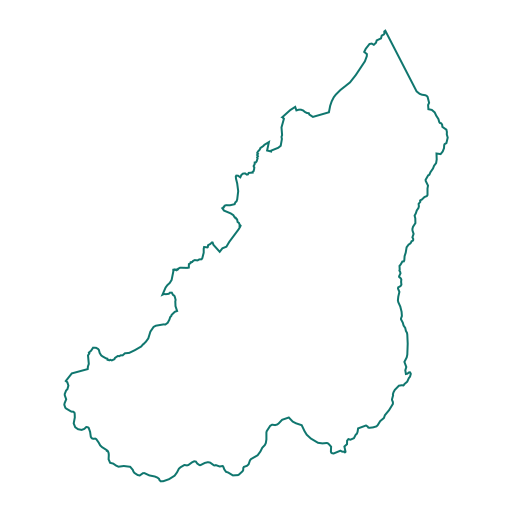 outline of Kirehe, Eastern, Rwanda
{"feature_id": "39286606B14634167117771", "entity_name": "Kirehe", "entity_type": "district", "adm_level": 2, "iso_a3": "RWA", "parent_name": "Rwanda", "parent_adm1": "Eastern", "projection": "natural_earth1", "projection_center": [30.661, -2.196], "detail": "fine", "context": "isolated", "style": "outline", "palette": "teal", "viewbox_px": 512, "rotation_deg": 0, "n_neighbors": 0, "source": "geoboundaries", "source_scale": "gbopen_adm2", "svg_char_len": 6054}
<svg xmlns="http://www.w3.org/2000/svg" viewBox="0 0 512 512"><path d="M236.0,178.7L237.2,183.5L238.2,191.2L237.2,199.4L236.5,201.4L235.3,202.4L234.6,204.2L229.9,205.3L226.1,205.2L224.6,205.7L224.3,206.5L223.7,206.8L223.7,207.5L222.3,208.2L224.0,210.6L230.7,213.4L233.4,215.2L234.4,217.0L235.1,217.4L235.3,218.0L235.8,217.9L236.6,219.3L237.1,219.4L237.6,222.0L238.9,222.9L239.6,224.6L240.6,225.7L240.0,227.0L239.7,226.9L239.8,227.3L238.7,229.2L229.3,241.8L226.4,246.7L222.4,248.3L219.7,251.8L213.4,244.8L212.6,242.5L212.0,242.4L210.3,244.0L208.1,245.2L207.8,247.1L207.5,247.4L204.1,247.0L203.7,248.7L203.7,252.7L202.3,258.2L201.5,259.3L199.3,259.4L197.6,260.4L194.7,260.1L193.1,260.9L192.2,262.0L190.7,262.2L190.5,263.2L188.9,264.1L188.8,267.6L187.3,267.9L180.1,267.7L178.2,268.7L178.0,269.4L177.0,270.0L176.9,269.4L175.2,270.0L174.8,269.4L173.3,269.7L173.3,271.6L171.6,280.0L169.7,283.0L167.3,285.2L165.6,287.5L162.5,294.7L164.0,294.0L165.8,294.2L168.8,293.8L169.9,292.7L171.8,292.7L173.0,294.9L174.3,295.7L174.9,297.1L175.6,299.9L175.3,301.5L175.5,306.2L177.1,311.0L174.8,311.8L171.6,314.9L171.3,316.0L170.2,317.1L169.4,319.6L167.7,322.8L165.4,324.5L163.5,324.4L155.9,325.7L153.6,326.9L150.4,331.6L148.3,338.4L145.9,341.7L143.7,343.9L143.1,344.8L143.3,345.0L142.8,344.6L141.2,346.5L134.8,350.2L129.2,352.9L124.9,353.3L122.7,355.3L120.7,355.3L119.3,356.2L117.8,356.0L115.0,357.9L114.4,359.2L111.8,360.4L110.3,359.8L109.4,360.3L107.5,359.8L107.4,358.7L105.9,358.3L102.4,356.3L101.2,355.4L99.7,353.0L98.9,350.0L98.0,348.9L96.0,347.8L93.1,347.7L91.0,350.8L88.9,352.6L89.3,353.5L88.0,355.4L88.8,363.9L87.9,366.6L87.7,369.1L71.8,373.4L65.8,381.0L67.3,382.2L68.4,385.6L67.4,389.2L66.1,390.5L64.7,394.1L64.8,395.4L66.2,399.3L64.6,403.2L64.3,404.8L65.3,407.7L66.1,408.5L70.8,411.3L71.7,411.7L73.2,411.7L74.4,412.6L74.7,413.8L74.8,417.5L73.7,423.4L75.2,427.2L78.0,429.2L81.6,429.9L84.3,428.9L86.3,427.0L87.9,427.3L88.7,427.9L90.1,431.9L90.8,436.8L91.8,438.3L93.2,438.8L95.3,438.6L96.3,439.2L98.7,442.6L100.2,445.4L102.0,447.1L106.7,450.1L106.8,450.8L107.5,450.8L107.9,451.2L108.6,453.0L108.8,454.9L108.6,459.3L110.1,462.8L113.2,463.6L116.1,465.6L118.5,466.7L123.8,466.0L130.2,466.8L132.8,469.9L133.4,471.5L134.4,472.9L137.6,475.0L139.7,475.5L142.9,473.2L144.4,473.1L149.3,475.4L154.8,476.5L157.4,477.6L159.0,478.8L159.5,480.1L160.7,481.3L163.3,481.2L169.0,479.2L174.6,475.7L177.0,472.4L178.9,468.7L180.6,467.2L184.4,465.0L187.0,465.4L188.4,465.0L192.1,462.3L194.2,461.3L195.9,461.6L197.2,463.5L199.5,465.1L200.5,465.1L204.9,462.9L207.9,462.2L210.1,462.6L213.9,465.3L214.9,465.5L215.8,465.1L219.7,466.5L222.7,466.0L223.4,467.0L224.3,469.4L226.0,471.8L228.1,472.5L232.9,475.4L237.9,475.1L238.8,474.7L242.6,471.2L243.2,470.0L243.3,467.9L243.9,466.9L247.0,465.8L248.6,464.3L250.0,460.3L251.1,459.0L257.6,455.3L260.4,451.5L262.3,447.7L264.8,445.1L265.8,443.1L266.4,439.5L266.4,432.5L266.7,431.2L270.2,425.8L272.1,424.7L275.1,425.1L277.2,424.5L278.6,423.5L282.1,419.8L288.8,417.5L292.7,421.6L296.0,423.3L301.7,425.2L304.5,431.1L306.7,434.7L310.8,438.5L318.0,442.8L322.5,443.4L326.7,443.0L327.7,443.2L328.9,444.2L331.1,446.7L330.9,451.5L331.2,452.6L332.0,453.2L333.6,453.5L340.4,450.7L342.3,451.7L344.3,451.7L344.6,452.3L345.3,452.2L345.5,451.7L344.4,446.5L347.0,444.2L347.1,440.7L348.4,439.1L350.4,439.7L353.9,438.2L355.8,434.6L356.9,433.7L357.6,431.7L358.1,428.4L366.0,425.5L367.7,426.6L368.3,427.6L369.4,427.8L373.0,427.4L376.4,426.4L377.6,425.3L380.2,421.1L383.9,418.0L384.9,415.2L389.1,410.1L392.9,403.9L392.9,402.1L392.0,399.9L392.0,399.3L393.1,395.3L392.9,394.3L393.5,392.3L394.8,389.9L398.9,385.7L402.0,385.2L403.3,385.5L403.8,385.1L404.4,384.1L407.2,381.7L408.9,378.0L410.0,376.7L410.8,373.9L410.1,372.4L409.2,372.3L407.3,373.7L405.9,374.0L405.3,370.3L406.3,367.0L404.4,361.9L406.7,357.4L407.3,354.6L407.7,343.7L407.3,334.7L407.0,332.9L405.9,330.9L405.2,327.9L403.6,325.6L402.8,322.7L401.0,319.3L401.0,318.5L401.9,316.0L401.6,311.9L400.3,306.6L398.3,302.2L397.9,300.4L398.3,296.6L399.4,291.9L398.0,288.6L398.2,287.4L400.5,286.1L401.4,284.7L401.1,281.9L401.3,279.5L400.8,278.4L399.1,276.9L399.1,276.3L400.5,273.3L400.1,271.7L399.4,270.6L399.7,269.5L399.5,265.9L400.6,264.6L402.4,261.5L403.8,261.4L404.3,260.3L404.6,256.1L405.7,252.7L406.6,247.3L408.6,244.6L410.0,243.7L411.0,242.6L411.5,241.3L412.9,240.6L413.2,240.0L413.2,238.9L412.4,237.3L413.6,233.9L412.5,230.6L412.4,229.0L413.0,226.8L415.4,223.1L415.3,218.4L414.6,215.6L415.8,213.4L416.8,210.4L418.4,208.1L418.9,206.3L418.6,203.9L420.3,201.8L420.1,200.6L420.4,200.2L421.7,199.7L424.5,197.0L426.8,196.1L427.5,195.0L427.5,188.5L428.0,185.6L425.7,180.9L425.6,179.8L428.2,175.3L429.3,174.8L430.5,172.1L433.0,168.5L434.1,165.7L436.1,163.1L436.7,159.5L436.5,153.5L440.6,154.1L442.7,151.5L444.0,148.2L444.2,145.1L444.6,144.1L446.4,143.1L447.7,137.6L446.8,134.4L446.9,132.0L446.4,129.7L442.4,126.9L442.1,124.6L441.2,123.3L439.8,122.9L439.2,121.9L438.4,119.0L436.2,115.6L434.7,112.4L431.8,109.9L428.4,109.2L428.1,105.0L429.1,102.8L427.6,96.9L426.6,95.8L425.2,95.2L421.9,94.7L419.6,93.8L416.6,91.4L385.3,30.7L384.3,31.5L384.4,33.7L383.8,34.5L381.7,35.6L381.0,38.4L376.7,40.4L376.0,42.7L373.8,44.8L371.7,43.6L369.5,44.0L365.8,48.7L364.2,51.9L366.9,54.1L366.8,56.2L364.9,61.3L355.8,75.0L350.0,82.4L340.4,90.0L335.8,94.6L333.8,97.2L331.7,101.3L330.2,105.7L328.9,112.3L312.9,116.9L309.3,114.5L308.8,113.2L306.9,113.0L304.8,111.9L303.2,110.5L301.0,109.7L298.8,109.7L296.4,110.4L295.2,106.9L290.2,110.1L282.3,117.2L283.2,117.5L283.3,118.4L283.9,118.8L281.5,127.4L282.1,135.1L281.5,136.9L281.9,139.0L280.7,145.8L278.2,147.8L271.2,150.6L271.1,151.5L267.1,150.5L268.9,142.1L264.4,144.8L263.2,146.1L260.4,148.0L259.8,149.5L257.9,151.6L257.2,152.9L258.0,153.8L257.1,155.0L258.0,156.2L257.1,157.4L257.6,158.3L256.6,161.4L255.8,162.4L254.7,162.5L254.6,164.4L253.7,165.8L253.7,166.6L254.3,167.3L254.1,169.2L253.6,171.1L252.5,172.0L252.6,172.6L248.7,172.9L247.9,174.4L246.8,174.6L245.1,173.4L243.0,173.6L241.4,174.9L240.3,177.3L238.0,175.7L236.3,175.6L235.8,176.5L236.0,178.7Z" fill="none" stroke="#0f766e" stroke-width="2"/></svg>